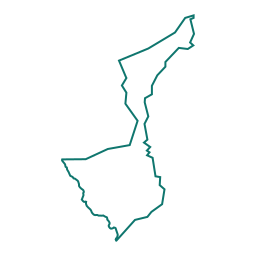 Ezo, Western Equatoria, South Sudan
{"feature_id": "79223893B74346966367837", "entity_name": "Ezo", "entity_type": "district", "adm_level": 2, "iso_a3": "SSD", "parent_name": "South Sudan", "parent_adm1": "Western Equatoria", "projection": "natural_earth1", "projection_center": [27.738, 5.603], "detail": "fine", "context": "isolated", "style": "outline", "palette": "teal", "viewbox_px": 256, "rotation_deg": 0, "n_neighbors": 0, "source": "geoboundaries", "source_scale": "gbopen_adm2", "svg_char_len": 1634}
<svg xmlns="http://www.w3.org/2000/svg" viewBox="0 0 256 256"><path d="M193.6,17.9L193.6,15.4L185.2,17.9L175.0,32.5L148.3,48.5L119.0,60.6L125.9,77.0L126.4,78.0L121.9,85.5L126.4,92.7L125.4,103.7L137.6,120.8L129.7,145.1L107.8,149.0L85.7,159.2L62.2,159.4L62.0,160.1L62.4,161.0L64.3,163.3L65.1,164.4L65.4,166.1L65.7,166.9L66.8,167.5L67.1,169.5L68.6,172.0L69.8,174.8L70.3,175.8L72.5,176.9L73.1,177.6L73.6,178.4L74.4,178.5L75.0,178.7L77.4,180.5L78.1,181.3L78.6,182.9L79.0,184.1L79.0,185.3L79.1,186.1L79.9,187.3L81.7,189.0L82.3,189.3L83.3,190.2L83.8,191.5L83.7,192.4L83.2,193.1L83.5,195.1L83.2,196.0L81.8,199.6L82.2,200.0L82.9,201.0L84.1,201.9L84.8,201.8L85.6,201.6L86.1,201.8L86.0,202.2L86.0,202.7L86.0,203.8L86.7,205.8L88.1,207.4L90.4,209.5L91.1,210.6L91.9,212.6L93.1,214.0L94.1,214.8L95.1,215.1L96.2,215.0L97.3,215.0L98.6,215.6L100.3,215.6L101.8,215.7L103.3,215.5L104.9,216.5L106.3,217.1L106.9,217.4L107.1,218.0L107.3,218.8L107.3,219.6L108.5,220.9L109.5,222.5L109.6,223.8L108.8,225.3L108.7,225.9L109.0,226.8L109.9,228.0L110.8,228.6L111.8,228.6L113.1,228.1L113.8,227.5L114.8,227.7L115.6,228.2L116.3,230.4L117.1,232.7L117.7,234.5L117.7,235.4L117.3,236.5L117.1,237.7L116.1,238.4L115.7,239.5L116.1,240.3L116.1,240.5L116.4,240.6L135.0,219.9L147.4,216.9L151.4,211.9L162.1,204.2L164.5,189.3L159.7,185.1L160.2,177.1L155.5,176.3L152.6,157.8L147.1,155.3L149.5,152.3L146.9,150.6L150.2,147.0L144.0,142.6L147.4,139.6L144.5,123.9L148.3,116.4L144.7,102.3L145.0,98.2L151.9,94.3L151.9,85.8L157.3,75.3L165.4,66.7L165.4,62.0L178.8,47.9L187.8,49.0L193.3,45.4L190.1,42.5L194.0,33.9L190.4,19.3L193.6,17.9Z" fill="none" stroke="#0f766e" stroke-width="2"/></svg>